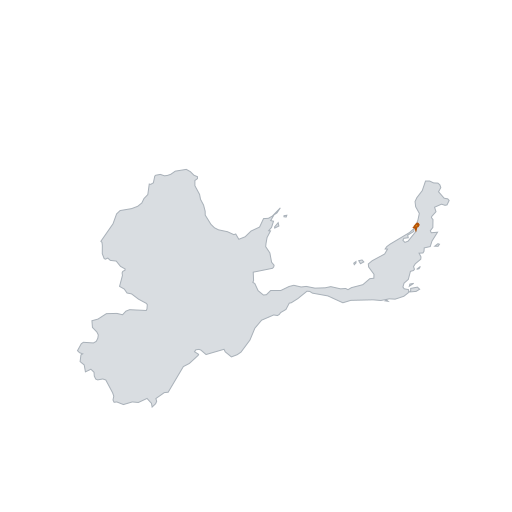 location of Mueang Songkhla, Songkhla, Thailand, rotated 251°
{"feature_id": "78962969B11995131192654", "entity_name": "Mueang Songkhla", "entity_type": "district", "adm_level": 2, "iso_a3": "THA", "parent_name": "Thailand", "parent_adm1": "Songkhla", "projection": "mercator", "projection_center": [100.614, 7.127], "detail": "fine", "context": "in_parent", "style": "filled", "palette": "amber", "viewbox_px": 512, "rotation_deg": 251, "n_neighbors": 0, "source": "geoboundaries", "source_scale": "gbopen_adm2", "svg_char_len": 4937}
<svg xmlns="http://www.w3.org/2000/svg" viewBox="0 0 512 512"><g transform="rotate(251 256 256)"><path d="M219.5,58.3L219.9,60.3L222.0,57.7L224.6,56.4L229.9,62.2L230.6,64.7L226.7,74.0L227.3,77.2L229.8,79.7L232.7,81.2L235.9,80.8L241.7,78.1L248.2,79.8L247.8,86.0L250.2,95.8L247.0,105.8L243.9,110.7L246.2,115.0L246.4,119.0L240.2,134.5L241.5,135.7L245.4,137.4L247.0,136.8L253.5,130.8L260.7,126.0L263.0,122.0L267.6,120.7L271.7,117.1L281.1,123.4L283.6,123.9L284.8,125.0L285.3,127.6L286.4,128.0L290.3,124.5L296.7,122.2L299.3,116.8L302.3,115.2L302.0,112.6L303.0,111.6L308.2,111.4L316.2,114.2L319.1,114.8L320.4,114.1L333.0,131.3L341.2,137.9L343.2,142.3L341.3,153.8L341.5,160.3L343.3,165.3L346.8,168.8L349.3,173.7L358.8,178.5L358.0,179.7L358.6,182.8L364.5,186.3L365.0,187.5L364.3,192.1L361.6,195.6L361.0,198.5L361.0,202.0L362.5,207.3L360.6,218.3L357.1,221.4L352.6,223.6L350.0,226.5L348.2,225.8L347.3,222.8L342.3,221.1L332.6,222.7L327.7,222.0L321.2,223.0L314.9,222.5L311.2,221.3L300.6,223.7L296.2,225.9L293.0,229.0L288.2,237.0L283.4,242.0L283.4,244.0L277.4,245.2L277.7,252.0L281.2,259.4L282.2,268.8L288.9,275.3L287.6,280.0L288.4,284.4L293.6,294.7L289.9,289.8L289.1,286.5L284.7,281.4L283.2,283.9L278.0,280.0L275.8,276.2L275.0,277.9L269.9,272.5L264.7,269.6L261.7,268.2L254.4,270.1L245.0,268.7L241.4,270.1L239.9,269.2L239.0,267.6L241.6,248.1L233.5,245.7L232.1,244.4L230.4,245.9L222.5,246.7L216.7,250.3L216.0,253.2L218.6,258.6L215.3,268.2L216.4,277.3L216.0,282.2L212.0,288.6L210.9,293.6L206.4,301.3L203.4,311.1L202.7,316.7L197.4,325.3L196.1,330.2L194.2,332.0L195.0,335.9L194.1,347.7L197.5,356.2L196.6,360.2L200.3,361.6L209.0,358.9L211.9,359.6L213.7,364.3L216.0,378.3L219.7,382.6L220.6,380.4L222.3,382.7L223.6,386.8L228.2,408.8L230.6,414.5L227.8,413.1L226.3,406.2L223.7,405.9L224.6,401.5L223.0,400.0L220.4,401.2L220.5,404.6L227.4,415.6L231.7,415.9L237.1,420.7L243.1,424.3L250.6,423.0L255.7,424.1L258.8,427.1L263.7,434.5L271.7,440.7L270.4,444.5L267.3,447.7L265.7,451.7L263.5,453.0L260.5,453.0L257.3,449.5L249.4,452.7L247.6,455.9L245.6,456.7L242.1,453.2L242.4,451.2L244.6,448.3L244.0,440.7L239.3,440.6L236.1,434.9L235.1,434.4L232.8,435.2L225.4,432.5L223.1,429.0L220.9,429.3L219.4,435.4L212.8,427.2L208.2,423.8L208.9,417.7L205.8,416.4L204.5,414.8L205.6,411.1L201.4,411.7L199.3,410.7L196.8,404.1L194.7,401.5L191.9,401.5L191.0,400.2L191.2,397.0L184.3,392.4L182.1,387.1L178.8,384.8L176.7,385.5L174.6,389.2L173.0,389.0L171.6,387.9L169.8,382.7L169.9,373.5L172.1,368.1L173.3,359.5L176.5,352.3L183.2,331.2L183.5,322.9L194.9,310.9L202.5,297.3L205.0,295.3L206.1,292.7L202.1,281.7L200.3,274.1L200.6,272.1L195.7,266.9L194.5,260.9L193.2,259.0L192.7,257.0L194.5,253.5L193.5,240.4L188.1,231.4L178.5,222.9L170.0,210.5L168.8,206.1L168.6,199.9L175.4,195.7L178.2,195.4L179.1,176.7L185.1,173.2L186.3,171.6L186.9,168.5L185.5,166.7L181.7,169.7L180.9,169.0L176.1,158.0L175.1,151.3L155.8,128.6L156.7,124.8L153.8,114.9L151.0,114.8L149.0,113.0L147.0,108.6L150.7,109.2L156.8,106.6L155.8,97.1L158.3,91.5L158.7,82.3L163.3,76.9L163.9,74.2L166.4,73.9L169.8,75.9L173.3,75.9L187.7,73.6L189.6,71.1L190.4,66.0L191.8,64.4L195.1,64.0L198.8,65.0L202.7,63.0L202.0,57.0L208.9,58.1L213.4,55.3L219.5,58.3ZM175.0,391.7L174.0,398.5L171.3,399.9L170.4,395.9L172.0,389.5L172.8,391.0L175.0,391.7ZM218.1,351.6L217.7,355.0L215.3,356.0L214.7,352.3L218.1,351.6ZM277.4,283.0L280.3,287.8L276.9,287.4L276.3,282.8L277.4,283.0ZM207.4,433.3L205.9,431.3L207.1,428.2L208.4,432.0L207.4,433.3ZM179.4,392.4L178.8,396.2L177.5,391.1L179.4,392.4ZM218.2,348.7L216.9,348.3L215.8,346.1L217.4,346.1L218.2,348.7ZM191.1,403.6L192.6,408.0L190.9,406.0L191.1,403.6ZM285.0,295.6L284.5,298.4L283.0,297.2L284.0,295.2L285.0,295.6ZM171.8,365.2L170.1,366.2L171.5,363.6L171.8,365.2Z" fill="#d9dde1" stroke="#a8b0b8" stroke-width="1"/><path d="M234.0,417.9L233.9,417.7L233.7,417.4L233.6,417.2L233.4,416.9L233.3,416.7L233.2,416.7L233.1,416.4L232.9,416.0L232.8,415.9L232.7,415.8L232.7,415.7L232.4,415.6L232.3,415.4L232.2,415.3L232.1,415.1L232.0,414.9L231.9,414.9L231.7,414.8L231.7,414.7L231.6,414.4L231.5,414.5L231.4,414.6L231.5,414.8L231.6,415.1L231.6,415.3L231.7,415.5L231.4,416.1L231.2,416.0L231.1,415.9L231.0,415.7L230.8,415.6L230.7,415.5L228.4,415.6L229.5,416.4L230.1,416.7L230.3,416.8L230.4,416.7L230.5,416.7L230.9,416.6L231.0,416.6L230.9,416.8L231.0,416.8L230.9,417.0L231.0,417.1L230.9,417.2L230.9,417.3L230.9,417.5L231.0,417.6L231.1,417.8L231.1,418.0L231.2,418.3L231.2,418.5L231.2,418.8L231.3,418.8L231.5,418.9L231.5,419.0L231.8,419.2L231.9,419.3L232.0,419.3L232.3,419.4L232.3,419.5L232.2,419.6L232.1,419.8L232.2,420.0L232.3,420.0L232.5,420.2L232.8,420.1L233.0,420.0L233.1,419.9L233.1,419.7L233.2,419.4L233.2,419.2L233.3,419.2L233.5,419.2L233.6,419.3L233.6,419.2L233.8,419.2L234.0,419.2L233.9,419.0L233.9,418.9L234.0,418.9L233.9,418.7L233.8,418.4L233.8,418.2L233.7,418.2L233.8,418.1L233.9,417.9L234.0,417.9L234.0,417.9ZM232.0,414.3L232.0,414.2L232.0,414.3L232.0,414.3Z" fill="#f59e0b" stroke="#b45309" stroke-width="1.5"/></g></svg>